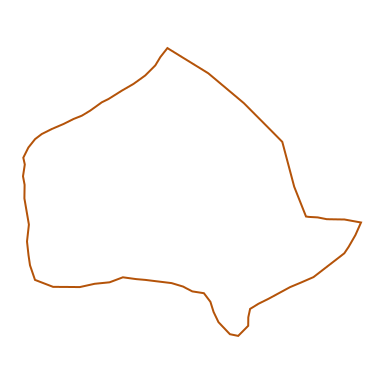 the district of Ogori/Magongo, Kogi, Nigeria
{"feature_id": "59680162B76072611977433", "entity_name": "Ogori/Magongo", "entity_type": "district", "adm_level": 2, "iso_a3": "NGA", "parent_name": "Nigeria", "parent_adm1": "Kogi", "projection": "orthographic", "projection_center": [6.159, 7.479], "detail": "fine", "context": "isolated", "style": "outline", "palette": "amber", "viewbox_px": 384, "rotation_deg": 0, "n_neighbors": 0, "source": "geoboundaries", "source_scale": "gbopen_adm2", "svg_char_len": 959}
<svg xmlns="http://www.w3.org/2000/svg" viewBox="0 0 384 384"><path d="M167.4,48.1L160.4,57.0L155.3,65.4L145.2,75.5L133.5,83.9L121.9,90.6L108.5,99.0L101.8,102.3L90.1,110.7L81.8,115.7L73.5,119.0L63.5,124.0L51.8,129.0L41.8,134.0L35.1,139.1L28.4,147.5L23.3,157.7L24.8,164.5L23.0,176.3L24.6,184.8L24.4,198.4L28.9,224.6L27.0,241.5L28.5,255.1L30.0,265.3L35.0,279.9L53.2,286.9L58.8,286.9L73.0,287.0L79.7,287.1L94.6,283.8L109.6,282.3L122.9,277.3L136.1,279.1L145.3,279.9L156.7,281.3L171.6,283.1L183.2,286.6L186.3,288.3L188.5,289.4L192.3,291.4L203.9,293.2L210.4,301.8L213.6,312.0L218.5,322.2L229.9,334.2L238.2,335.9L248.2,325.8L248.3,317.3L250.1,308.9L253.4,306.9L258.4,303.8L268.5,298.8L290.1,287.1L301.1,282.5L313.5,277.1L344.3,253.3L348.6,246.9L355.4,235.1L361.0,222.5L344.5,219.5L326.8,219.2L317.7,217.4L308.8,216.9L306.0,216.5L294.2,186.7L282.3,141.9L277.0,136.5L266.6,126.0L243.8,103.1L208.3,73.3L167.4,48.1Z" fill="none" stroke="#b45309" stroke-width="2"/></svg>